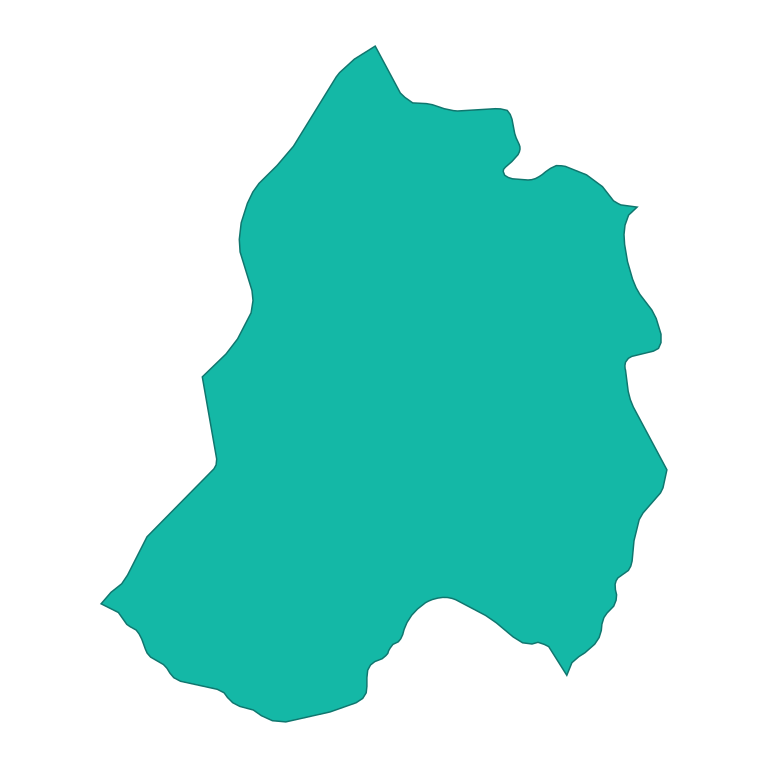 outline of Paraguarí
{"feature_id": "PRY-611", "entity_name": "Paraguarí", "entity_type": "Department", "adm_level": 1, "iso_a3": "PRY", "parent_name": "Paraguay", "parent_adm1": "", "projection": "orthographic", "projection_center": [-57.025, -26.024], "detail": "fine", "context": "isolated", "style": "filled", "palette": "teal", "viewbox_px": 768, "rotation_deg": 0, "n_neighbors": 0, "source": "natural_earth", "source_scale": "10m", "svg_char_len": 2286}
<svg xmlns="http://www.w3.org/2000/svg" viewBox="0 0 768 768"><path d="M586.6,174.9L602.5,186.7L613.5,200.8L617.8,203.4L620.8,204.9L637.1,207.1L628.6,215.1L625.0,225.2L624.0,234.6L624.6,244.4L627.5,261.6L632.6,279.3L636.1,287.8L639.8,294.3L651.9,310.1L656.2,318.5L661.0,334.2L661.0,342.6L658.5,348.4L653.5,351.1L631.8,356.4L628.4,358.3L625.5,362.2L624.9,365.7L625.1,368.7L625.5,370.0L628.2,391.4L630.3,399.6L633.3,407.0L666.9,469.8L663.0,487.8L660.5,492.9L643.0,513.0L639.2,519.6L634.0,540.7L632.1,561.0L630.8,566.1L628.4,570.4L617.9,577.9L616.1,580.8L615.1,584.3L615.4,589.7L616.6,594.8L616.1,600.2L613.7,606.2L607.0,613.1L603.9,617.6L601.9,624.2L601.3,630.5L599.1,637.6L594.7,644.2L585.0,652.7L578.9,656.6L571.9,662.7L566.8,675.3L548.7,646.6L544.3,644.4L538.0,642.3L532.0,644.0L522.6,642.8L513.1,636.9L496.4,622.9L485.7,615.5L455.7,599.7L452.0,598.4L447.6,597.5L442.8,597.4L437.7,598.1L432.4,599.5L428.5,601.1L425.5,602.7L417.5,609.0L411.7,615.2L407.0,622.5L404.1,629.4L402.7,634.6L400.8,638.7L398.3,641.8L392.9,644.4L390.2,648.0L388.6,650.8L387.8,653.4L385.8,655.7L382.2,658.7L374.8,661.6L370.5,665.0L367.7,670.2L366.9,677.7L366.9,686.3L366.2,692.8L362.8,698.3L356.2,702.7L330.2,711.9L285.8,721.9L272.4,720.7L261.4,715.7L253.3,710.0L239.8,706.4L232.7,702.7L227.5,697.5L224.1,692.8L217.3,689.3L180.6,681.3L173.8,677.7L170.0,673.2L166.9,668.2L163.4,664.5L150.6,657.1L147.2,653.2L145.4,649.2L141.8,639.2L139.1,633.9L136.1,630.0L130.3,626.8L126.8,624.4L118.4,612.5L101.1,603.8L111.0,592.3L121.7,583.8L127.6,575.0L147.0,536.8L213.9,468.9L216.1,464.9L216.7,459.1L202.3,376.9L226.0,354.0L237.6,338.9L251.1,312.8L253.0,300.6L252.0,290.6L240.1,252.0L239.3,239.4L241.2,222.8L247.4,203.3L252.9,191.9L259.0,183.4L277.0,165.6L293.5,146.2L336.3,76.8L339.7,72.5L354.4,59.1L375.2,46.1L400.3,93.0L404.9,97.4L412.7,102.9L426.4,103.6L432.4,104.7L444.2,108.7L453.3,110.6L457.5,111.0L495.4,108.7L500.6,108.9L507.2,110.4L510.2,114.4L512.0,119.2L514.7,133.5L516.1,137.8L519.2,144.5L519.9,146.7L520.0,149.2L519.4,151.8L518.0,154.7L511.8,161.6L505.4,167.2L503.6,169.3L503.2,171.5L504.7,175.3L508.3,177.5L512.5,178.8L528.0,180.0L531.6,179.7L535.4,178.6L539.0,176.7L542.2,174.6L545.8,171.6L550.6,168.3L556.3,165.6L561.6,165.8L565.4,166.4L586.6,174.9Z" fill="#14b8a6" stroke="#0f766e" stroke-width="1.5"/></svg>